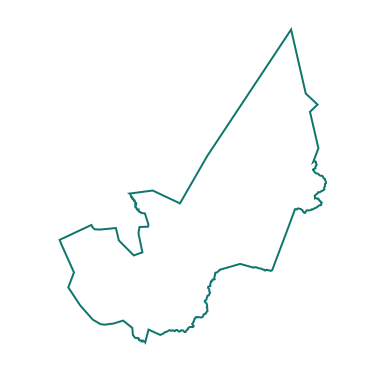 the district of Bulolo District, Morobe, Papua New Guinea, rotated 257°
{"feature_id": "67681753B86108611128530", "entity_name": "Bulolo District", "entity_type": "district", "adm_level": 2, "iso_a3": "PNG", "parent_name": "Papua New Guinea", "parent_adm1": "Morobe", "projection": "albers", "projection_center": [146.652, -7.383], "detail": "fine", "context": "isolated", "style": "outline", "palette": "teal", "viewbox_px": 384, "rotation_deg": 257, "n_neighbors": 0, "source": "geoboundaries", "source_scale": "gbopen_adm2", "svg_char_len": 5829}
<svg xmlns="http://www.w3.org/2000/svg" viewBox="0 0 384 384"><g transform="rotate(257 192 192)"><path d="M328.0,325.1L223.7,215.0L223.6,214.9L183.6,177.7L202.3,154.0L204.5,130.8L203.7,131.5L202.4,131.5L201.4,131.6L201.0,132.1L200.8,131.8L200.1,132.5L199.5,132.7L199.4,132.4L199.0,132.5L198.5,132.5L198.3,132.9L197.9,133.1L197.7,133.5L197.4,133.3L197.1,133.4L196.6,133.4L196.4,134.2L196.2,134.3L195.6,134.1L195.2,134.3L194.9,134.3L194.2,134.8L193.7,135.1L193.3,135.0L193.5,134.7L193.5,134.4L193.1,133.9L191.9,133.9L191.5,134.3L191.2,134.1L190.7,133.9L190.5,133.4L190.1,133.4L189.8,133.8L189.4,133.8L189.0,134.1L188.6,134.2L188.4,134.5L187.6,134.4L187.3,134.9L187.1,135.6L186.9,135.4L186.6,136.0L186.2,136.0L186.1,135.8L185.7,135.9L185.6,135.6L184.6,136.0L184.2,136.9L183.9,137.3L183.3,137.8L183.0,137.8L182.3,139.7L181.7,141.3L170.4,142.2L170.1,142.2L169.5,142.0L168.9,141.9L168.4,141.3L168.1,141.2L168.2,140.8L169.7,133.0L165.7,131.2L163.2,130.5L144.4,130.1L143.3,121.0L161.3,109.8L171.3,109.8L174.0,109.7L176.1,93.8L177.6,88.7L178.7,88.0L179.3,87.5L179.9,87.4L180.6,87.0L181.1,86.9L181.7,86.6L182.2,86.7L182.5,86.6L175.2,52.3L171.2,52.8L140.2,58.9L126.9,50.0L106.5,57.6L90.0,66.6L83.8,73.1L82.4,76.9L82.1,79.6L81.8,83.3L81.5,85.4L81.5,85.9L82.2,96.0L72.9,103.3L65.9,102.2L65.3,102.6L64.4,102.9L63.9,103.2L63.3,103.5L62.9,103.6L62.4,104.1L62.3,105.2L62.0,105.6L62.0,106.1L61.7,106.3L61.7,106.9L61.3,107.2L60.8,107.3L60.5,107.1L59.7,107.0L59.2,107.6L58.9,108.4L59.0,108.8L58.4,109.2L58.4,109.3L58.0,109.2L58.0,109.6L57.5,110.2L57.9,110.4L58.0,110.8L57.5,110.8L57.4,111.2L57.3,112.2L56.3,112.5L56.0,112.6L67.7,118.7L59.9,128.9L60.0,129.9L60.3,130.6L60.4,131.5L60.5,132.3L61.1,133.3L61.6,134.3L61.5,135.4L61.7,136.8L62.2,137.9L62.4,138.6L62.2,139.5L62.0,139.9L61.6,140.1L61.6,140.7L61.6,141.5L61.3,141.8L61.4,142.3L60.8,143.4L60.3,143.7L60.3,144.0L60.8,144.7L61.1,145.6L60.9,146.5L60.1,147.0L59.3,147.4L58.9,147.9L59.0,148.7L59.1,149.5L59.5,149.8L59.7,150.5L59.3,151.5L58.9,152.3L58.1,152.7L57.3,153.2L57.1,154.1L57.3,154.6L58.0,155.1L58.5,155.8L58.7,156.1L59.3,157.2L59.9,157.2L60.3,158.0L60.8,158.7L61.0,159.6L60.8,160.4L60.5,161.4L60.3,162.4L60.5,163.2L61.4,163.5L61.8,163.0L62.6,162.7L63.4,162.4L64.0,163.2L64.4,163.5L64.8,164.0L65.6,164.4L65.8,165.0L66.6,165.2L67.4,165.6L67.9,166.0L68.1,166.8L68.8,167.0L69.2,167.5L68.9,169.0L68.6,169.4L68.6,170.5L68.1,171.6L67.6,172.8L67.8,173.8L68.3,174.7L69.2,175.3L69.6,175.5L70.1,176.0L70.1,176.9L70.4,177.1L70.5,177.5L70.4,178.1L71.3,178.6L72.0,179.4L72.2,180.1L73.5,180.4L74.6,180.6L75.2,180.8L76.1,180.4L76.4,180.4L77.5,181.2L78.7,181.2L79.7,181.2L80.9,180.7L81.6,180.1L82.8,179.8L83.3,180.4L83.7,181.6L85.2,182.5L86.5,183.2L87.5,183.7L87.4,184.5L87.6,185.2L88.7,186.0L89.4,186.6L89.8,187.0L90.9,186.5L91.9,186.6L93.0,186.9L93.6,186.8L94.5,186.2L95.6,186.2L96.1,186.7L96.2,187.5L96.1,188.2L96.3,188.8L98.0,189.0L98.4,189.3L99.2,189.6L99.8,190.3L100.6,190.4L100.8,190.8L100.7,191.3L100.8,191.6L101.0,191.8L101.8,192.0L102.0,192.3L102.0,192.9L101.9,193.6L101.7,194.0L101.8,194.4L102.5,194.3L103.4,194.3L104.1,194.8L104.5,195.0L104.9,195.3L105.7,195.4L106.1,195.7L106.5,196.1L107.6,196.2L108.1,196.6L108.1,197.5L108.0,198.4L108.3,198.8L108.8,199.8L109.4,200.6L109.4,201.1L110.0,201.6L111.1,222.7L104.4,235.1L104.7,235.9L104.5,236.4L104.3,237.2L104.0,237.8L103.8,238.5L103.0,239.4L102.6,239.9L102.4,240.6L102.2,241.3L101.9,241.9L101.6,242.4L101.1,242.8L100.9,243.2L100.5,243.7L100.4,244.2L100.0,244.9L99.3,245.0L99.1,245.8L99.4,246.3L99.3,246.9L99.3,247.3L99.1,247.5L99.2,248.0L98.6,248.5L98.3,249.3L98.0,250.3L97.4,251.0L97.6,252.0L97.9,252.6L130.9,274.6L144.6,283.6L152.1,288.5L152.0,288.8L151.9,289.1L151.7,289.4L151.5,290.0L151.4,290.4L151.5,290.6L152.0,290.8L152.1,291.5L152.0,292.1L151.8,292.6L151.3,293.3L150.8,294.4L150.1,294.8L149.6,295.3L149.2,295.6L148.6,295.6L147.9,295.9L147.0,296.2L146.8,296.4L146.5,296.7L146.3,297.1L146.2,297.4L147.1,298.0L147.3,298.6L148.3,299.5L148.3,300.0L148.1,300.6L148.0,301.2L147.8,301.7L147.7,302.2L147.5,302.9L147.6,303.5L147.8,303.9L148.1,304.5L148.2,304.9L147.9,305.5L147.8,306.0L148.2,306.7L148.4,307.3L148.6,307.9L148.7,308.4L148.8,309.2L149.0,310.1L149.2,310.7L149.7,311.5L149.8,311.8L150.1,312.4L150.3,313.1L150.4,313.8L150.3,314.2L150.1,314.5L150.6,315.1L151.6,315.3L151.8,315.6L152.2,315.8L152.6,316.0L153.2,315.1L153.4,315.0L153.9,315.1L154.3,314.9L154.7,314.5L155.0,314.2L155.5,314.2L155.8,313.9L156.1,313.7L156.5,313.7L157.1,313.6L157.2,313.1L157.2,312.6L157.7,312.2L157.8,311.9L157.9,311.7L158.1,311.3L158.1,310.9L158.1,310.4L158.4,310.5L158.7,310.6L159.3,310.6L160.0,310.7L160.6,310.6L161.0,311.2L161.3,311.6L161.4,312.0L161.6,312.5L161.9,312.9L162.1,313.2L162.3,313.7L162.8,314.5L163.2,314.6L163.4,314.8L163.4,315.1L163.1,315.6L163.1,316.0L163.1,316.7L163.2,317.1L163.6,317.8L163.8,318.4L163.9,319.0L164.1,320.3L164.4,320.8L164.8,321.6L165.0,321.7L165.9,321.6L166.3,321.6L166.8,321.9L167.1,322.2L167.5,322.7L168.0,323.1L168.6,323.1L169.1,323.2L169.6,323.2L170.0,323.3L170.1,323.6L170.1,324.0L170.6,324.6L171.2,324.8L171.9,324.7L172.4,324.6L173.2,324.5L173.7,324.4L174.4,324.5L174.8,324.4L175.1,324.2L175.3,323.7L175.7,323.4L176.5,323.2L177.3,323.1L178.0,322.8L178.3,322.6L178.6,322.1L179.0,320.8L180.0,319.7L180.4,319.6L180.9,319.4L181.3,319.1L181.6,318.7L181.8,318.3L181.9,317.7L182.1,317.3L182.8,316.8L183.3,316.4L183.6,316.1L184.0,315.8L184.4,315.7L184.9,315.7L185.3,315.5L185.6,315.2L186.3,314.9L186.7,315.0L186.8,315.3L186.8,315.7L187.0,316.0L187.0,316.4L187.2,316.9L187.2,317.4L187.3,317.6L187.5,317.7L188.1,317.6L188.6,317.7L188.8,317.9L189.2,318.5L189.6,318.7L189.9,319.1L190.3,319.2L190.6,319.6L190.8,319.6L192.3,319.2L192.9,319.5L193.5,319.5L194.1,319.0L194.5,318.5L194.4,317.9L194.2,317.3L194.0,316.9L206.2,325.0L243.6,325.0L248.9,334.0L262.3,325.0L328.0,325.1Z" fill="none" stroke="#0f766e" stroke-width="2"/></g></svg>